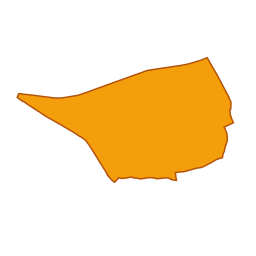 outline of Serrekunda Central, Banjul, Gambia, rotated 262°
{"feature_id": "56634734B31410801409584", "entity_name": "Serrekunda Central", "entity_type": "district", "adm_level": 2, "iso_a3": "GMB", "parent_name": "Gambia", "parent_adm1": "Banjul", "projection": "natural_earth1", "projection_center": [-16.684, 13.431], "detail": "fine", "context": "isolated", "style": "filled", "palette": "amber", "viewbox_px": 256, "rotation_deg": 262, "n_neighbors": 0, "source": "geoboundaries", "source_scale": "gbopen_adm2", "svg_char_len": 2901}
<svg xmlns="http://www.w3.org/2000/svg" viewBox="0 0 256 256"><g transform="rotate(262 128 128)"><path d="M173.6,22.5L169.0,27.4L169.2,27.7L169.1,27.9L164.2,33.2L162.0,35.8L159.3,38.9L156.4,42.2L155.9,42.9L155.2,43.5L154.8,44.0L154.5,44.3L153.5,45.4L151.4,47.8L151.2,48.0L148.1,52.0L147.4,53.1L146.8,53.8L146.6,54.0L141.7,60.4L141.6,60.7L140.6,62.0L139.5,63.3L139.4,63.4L139.2,63.6L133.1,71.1L133.1,71.4L129.8,75.2L126.7,78.7L126.7,78.8L126.3,79.2L126.2,79.4L125.7,80.0L125.2,80.8L124.0,82.0L122.4,83.5L122.2,83.8L121.9,84.1L118.8,85.9L118.2,86.2L117.8,86.4L117.3,86.7L111.4,89.5L110.8,89.7L109.4,90.4L108.2,90.9L106.8,91.5L106.5,91.6L105.4,92.1L102.9,93.2L102.0,93.6L99.8,94.6L99.7,94.6L97.3,95.7L95.1,96.7L93.3,97.5L91.2,98.4L89.8,99.0L89.0,99.4L87.5,100.0L85.1,101.1L84.2,101.5L84.1,101.1L79.3,104.3L76.1,107.1L79.1,110.8L80.0,111.5L78.8,115.3L78.8,116.3L78.7,117.9L78.9,121.6L79.0,123.0L78.5,125.6L78.0,126.4L77.6,127.1L77.1,130.0L76.0,132.7L75.7,133.8L75.9,136.5L75.9,138.7L75.9,139.3L75.9,140.3L75.9,142.4L75.7,143.1L75.5,143.9L75.1,145.9L75.0,146.6L73.8,149.3L73.5,154.3L73.5,156.9L73.5,158.1L73.1,160.2L73.1,160.3L72.9,161.1L72.3,161.8L71.7,162.6L71.6,162.8L70.9,163.8L70.2,165.9L70.1,166.2L70.0,166.3L69.9,166.6L69.4,168.7L70.7,168.6L73.1,168.6L73.3,168.6L75.9,168.7L77.2,168.7L77.3,168.7L77.2,172.4L77.1,174.7L77.0,176.8L76.9,177.2L77.2,179.6L77.4,181.0L78.0,185.7L78.3,187.5L78.6,189.8L78.7,192.7L78.7,194.0L78.7,194.4L78.7,195.5L79.4,197.7L80.1,199.8L81.5,203.8L81.8,204.7L81.8,204.9L81.9,205.0L82.1,205.5L84.4,211.0L85.0,213.7L85.0,213.9L85.1,214.5L85.4,217.4L87.2,217.9L87.4,218.0L87.6,218.0L88.6,218.3L91.9,220.3L94.0,220.9L95.1,221.3L95.5,221.5L98.2,222.8L101.1,224.4L101.3,224.4L101.5,224.5L102.6,224.6L105.4,225.1L105.5,225.1L108.5,225.1L108.9,225.1L109.3,225.1L111.9,224.4L114.1,223.9L115.5,223.3L116.9,227.9L118.1,231.7L118.5,232.9L118.6,233.2L118.8,233.1L121.0,232.4L122.4,232.0L124.0,231.7L125.6,231.4L125.8,231.4L126.5,231.3L126.8,231.3L127.1,231.2L128.2,231.2L129.6,231.3L132.0,231.2L132.2,232.3L134.9,232.8L137.2,233.3L139.0,233.5L140.0,233.5L140.5,233.2L141.9,232.8L144.0,232.2L144.4,232.1L145.1,231.9L145.1,232.0L151.9,229.5L156.9,227.7L160.3,226.5L164.1,225.1L167.9,223.7L168.0,223.7L170.5,222.7L172.1,222.0L186.6,216.2L184.7,208.5L184.7,208.1L183.2,198.1L183.2,197.6L183.0,195.9L182.6,190.5L182.6,186.5L182.6,182.0L182.5,176.5L182.5,173.4L182.5,170.0L182.5,169.8L182.4,162.3L182.3,156.5L182.3,155.4L182.3,155.0L180.9,148.6L180.2,145.1L178.9,138.8L178.2,135.6L176.4,126.9L175.4,121.8L174.6,118.1L174.4,117.8L174.4,117.3L174.1,115.7L172.4,107.9L170.8,100.0L170.4,98.4L168.8,90.7L168.5,89.1L168.0,86.5L167.4,83.6L167.3,81.2L167.3,80.6L167.0,68.1L167.0,67.0L167.0,66.9L167.2,64.2L167.8,60.4L168.0,59.2L168.4,57.8L170.5,50.2L170.9,48.5L173.7,38.5L174.5,35.4L176.0,29.3L176.2,28.8L176.7,27.0L177.2,24.6L173.6,22.5Z" fill="#f59e0b" stroke="#b45309" stroke-width="1.5"/></g></svg>